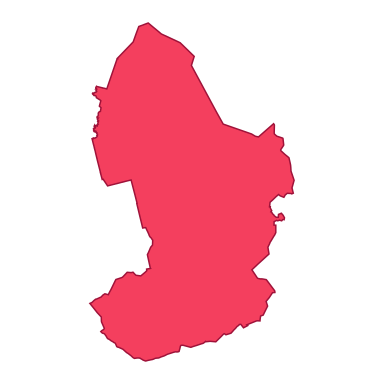 Ērģemes pag., Valkas, Latvia
{"feature_id": "27541924B65555347577628", "entity_name": "Ērģemes pag.", "entity_type": "district", "adm_level": 2, "iso_a3": "LVA", "parent_name": "Latvia", "parent_adm1": "Valkas", "projection": "orthographic", "projection_center": [25.763, 57.825], "detail": "fine", "context": "isolated", "style": "filled", "palette": "rose", "viewbox_px": 384, "rotation_deg": 0, "n_neighbors": 0, "source": "geoboundaries", "source_scale": "gbopen_adm2", "svg_char_len": 5744}
<svg xmlns="http://www.w3.org/2000/svg" viewBox="0 0 384 384"><path d="M243.5,327.8L247.7,325.6L246.8,324.8L256.8,320.8L260.0,320.9L260.1,319.4L260.6,316.0L263.2,315.1L264.0,313.4L267.6,306.1L266.1,301.4L269.1,297.8L272.5,292.7L274.9,292.5L274.8,291.1L274.4,290.4L266.9,280.4L266.2,279.6L265.6,279.5L262.8,279.0L262.0,278.9L260.3,278.9L257.9,278.4L257.4,278.1L254.9,274.3L251.9,269.8L257.7,264.3L269.0,254.0L267.9,247.2L269.8,243.3L269.8,242.8L271.1,240.8L273.7,236.4L274.6,235.1L275.8,232.6L275.8,225.2L274.0,225.1L274.1,221.7L276.5,220.4L277.8,220.8L279.5,220.2L281.7,220.8L282.7,219.6L283.5,219.5L284.1,219.7L284.5,217.8L283.2,215.4L282.2,214.1L281.3,213.5L281.3,213.3L280.8,213.4L280.0,213.8L278.5,214.4L278.3,217.3L278.2,217.3L276.4,217.3L275.7,216.9L274.5,215.9L274.2,215.7L273.8,214.9L273.3,214.5L272.5,213.7L271.8,212.4L271.2,211.9L270.9,211.8L271.7,210.6L271.0,209.4L270.2,207.6L270.3,206.7L269.5,206.7L269.8,204.7L269.9,203.3L270.1,202.2L272.7,199.9L276.1,196.6L278.6,194.5L279.8,195.6L280.8,196.1L283.9,197.3L284.4,196.5L285.1,195.1L287.2,193.3L291.2,193.5L291.4,193.7L291.8,193.9L293.3,193.2L292.8,191.3L292.2,188.6L292.0,188.2L292.0,187.9L294.1,180.3L293.2,177.6L291.0,171.1L290.8,167.5L290.6,165.2L290.4,164.1L289.0,157.9L288.9,157.7L288.7,157.5L284.9,154.4L281.1,150.9L280.9,150.7L280.8,150.4L280.7,150.2L280.7,149.9L280.8,149.6L283.4,145.7L283.7,145.1L283.7,144.8L283.0,138.6L282.8,138.2L282.4,138.0L276.9,136.2L276.4,135.8L274.6,134.2L274.3,133.8L274.3,133.5L274.2,132.8L274.4,125.2L274.3,124.9L274.3,124.7L274.0,124.3L273.6,123.7L258.5,136.9L255.5,136.3L254.9,136.0L251.6,134.0L223.2,124.1L216.5,112.1L191.4,65.5L194.2,56.4L180.1,42.7L161.4,34.0L148.2,23.0L138.8,26.5L136.3,33.2L133.2,41.9L117.2,58.5L117.3,58.6L117.2,58.6L106.8,88.9L103.7,88.1L103.3,88.2L103.0,88.2L102.8,88.1L102.7,87.9L96.9,86.5L96.7,86.4L96.7,86.6L96.1,86.9L96.0,87.1L95.9,87.3L95.8,87.5L95.8,87.8L95.9,88.0L95.8,88.3L96.1,88.4L96.2,88.6L96.5,88.6L96.6,88.9L96.5,89.1L96.3,89.2L96.7,89.3L96.7,89.6L96.0,90.7L96.4,91.0L96.7,91.5L96.5,91.8L96.0,92.1L95.4,92.4L94.9,92.4L94.6,92.6L94.0,93.0L93.4,93.1L92.9,93.0L92.7,93.0L92.5,93.3L92.5,93.8L93.1,94.5L93.6,94.5L93.6,94.9L93.8,95.3L94.1,95.6L94.6,95.6L95.5,95.7L96.1,96.2L96.4,97.7L100.5,100.3L100.8,100.6L100.8,100.9L99.4,106.0L99.4,106.3L100.5,107.2L101.0,107.7L100.8,109.1L100.5,110.7L100.5,111.2L100.2,111.5L99.9,111.5L99.3,111.8L98.5,112.5L98.5,113.0L98.3,113.3L98.2,113.8L98.3,114.7L98.4,115.1L97.9,116.2L97.2,116.5L97.1,117.1L97.0,117.8L97.3,118.1L98.0,117.9L98.3,118.0L97.9,118.4L97.4,119.1L97.5,119.6L98.1,120.2L97.6,121.4L97.8,121.6L98.0,121.7L98.4,121.5L98.3,122.0L98.0,122.5L98.1,122.8L98.0,123.1L97.9,123.4L97.6,124.1L97.9,124.4L97.1,124.7L97.0,125.0L97.4,125.7L97.4,125.9L97.3,126.1L97.1,126.1L96.8,125.9L96.6,125.5L95.0,125.8L94.7,125.1L94.2,126.1L94.2,126.6L94.3,126.9L94.6,127.0L95.4,126.9L95.5,127.2L95.3,127.9L94.9,128.3L94.6,128.4L93.8,128.4L93.4,128.8L93.7,129.5L94.0,129.8L94.1,130.0L94.3,130.5L93.7,130.6L93.6,130.8L93.8,131.1L94.1,131.3L94.2,131.6L94.8,131.7L95.0,131.9L95.3,131.6L95.5,131.1L95.9,131.2L96.1,131.7L96.1,132.1L96.1,132.4L96.2,132.6L96.5,132.6L96.6,132.9L96.8,132.9L96.7,133.2L96.8,133.6L97.5,134.2L97.2,134.7L97.2,135.1L97.0,135.3L96.9,135.5L97.4,135.7L97.3,136.1L97.1,136.5L96.5,137.2L96.4,137.4L95.1,137.8L95.0,138.1L94.9,138.2L94.0,138.2L93.8,138.2L93.7,138.0L93.5,137.9L93.0,138.1L92.8,138.3L92.6,138.6L93.0,138.9L93.0,139.0L92.8,139.2L92.6,139.0L92.1,138.9L93.6,144.9L93.8,145.5L94.2,147.2L94.4,147.6L94.3,147.8L95.3,151.5L95.5,152.6L96.9,158.4L97.0,158.7L97.1,158.8L97.1,159.3L100.5,172.7L100.4,172.7L102.2,179.5L103.1,179.2L107.6,185.9L126.0,181.2L131.1,180.0L134.5,193.1L135.4,196.6L137.1,203.4L136.8,203.5L137.0,204.4L139.9,216.5L142.7,228.0L145.7,227.6L146.9,230.2L147.7,231.8L149.0,234.7L149.2,235.5L150.2,237.1L151.3,238.1L152.3,239.8L152.7,240.1L152.5,245.1L150.7,247.2L148.4,252.6L147.4,254.6L147.9,257.1L150.3,268.1L150.5,268.4L146.6,269.1L146.7,270.1L146.8,270.7L145.1,272.3L140.8,275.9L136.3,275.3L135.7,275.1L133.0,272.2L131.2,272.6L127.2,272.3L123.8,275.9L122.4,277.3L121.4,277.7L115.9,279.5L115.2,280.8L110.9,289.7L109.5,292.2L108.3,294.7L104.9,293.8L103.0,295.0L101.1,297.0L98.0,298.4L95.9,299.3L95.6,299.2L93.9,300.6L92.4,302.1L91.7,302.6L89.9,303.4L95.0,309.8L97.2,312.6L101.3,317.0L101.4,320.7L101.5,321.9L104.3,328.3L104.1,328.8L103.6,329.5L102.0,330.5L101.6,330.8L100.8,331.6L101.6,332.4L102.0,332.8L102.4,333.1L102.9,333.3L103.8,333.5L104.5,333.9L104.7,334.1L105.3,335.0L105.8,335.6L107.3,338.2L107.6,338.6L109.2,339.4L110.1,340.0L111.1,340.8L113.1,341.9L113.8,342.5L114.7,342.8L114.9,343.0L115.4,343.5L115.8,344.3L115.9,344.7L116.3,345.4L116.7,346.5L116.9,346.7L117.7,347.1L118.9,347.4L123.0,349.3L126.6,352.6L128.0,353.4L130.2,355.1L130.8,355.5L132.5,357.1L132.8,357.4L133.2,357.7L134.4,358.4L135.0,358.3L137.0,358.0L139.1,358.0L140.3,358.3L140.9,358.8L142.1,359.4L142.9,360.0L145.2,360.9L145.7,361.0L148.0,360.4L150.8,359.8L152.5,359.5L153.8,359.0L155.3,358.3L156.7,358.1L158.5,358.0L159.9,357.5L160.3,357.2L164.4,355.8L167.3,354.3L167.9,354.1L173.9,352.2L174.8,352.0L175.3,351.8L175.6,351.8L176.0,351.9L177.6,351.9L178.6,351.7L179.0,351.5L179.2,351.2L179.2,350.7L179.4,350.2L179.7,349.2L180.4,346.2L180.9,345.4L181.3,345.3L182.1,345.3L182.6,345.2L183.2,345.3L190.3,347.2L190.9,347.3L193.4,346.4L196.4,345.5L199.7,344.4L200.0,344.3L200.8,344.0L202.9,343.4L203.5,343.1L205.3,341.7L205.3,341.8L210.1,341.3L215.8,341.8L220.8,336.9L223.6,334.0L224.4,333.7L225.1,334.2L225.7,334.7L226.1,334.7L228.4,334.0L231.0,333.2L231.6,332.5L232.8,331.3L233.2,330.6L233.9,329.9L234.2,329.7L236.0,327.8L237.0,326.5L238.5,325.5L238.7,325.3L239.0,325.0L239.2,324.6L239.3,324.5L240.8,324.3L243.5,327.8Z" fill="#f43f5e" stroke="#9f1239" stroke-width="1.5"/></svg>